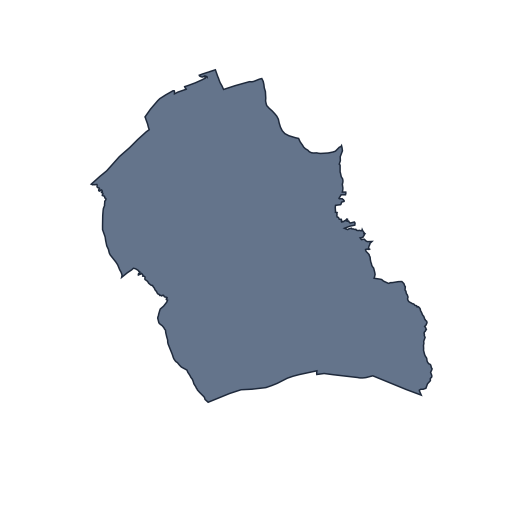 Talpas, Dolj, Romania, rotated 159°
{"feature_id": "2599482B89244490879400", "entity_name": "Talpas", "entity_type": "district", "adm_level": 2, "iso_a3": "ROU", "parent_name": "Romania", "parent_adm1": "Dolj", "projection": "equal_earth", "projection_center": [23.747, 44.687], "detail": "fine", "context": "isolated", "style": "filled", "palette": "slate", "viewbox_px": 512, "rotation_deg": 159, "n_neighbors": 0, "source": "geoboundaries", "source_scale": "gbopen_adm2", "svg_char_len": 6132}
<svg xmlns="http://www.w3.org/2000/svg" viewBox="0 0 512 512"><g transform="rotate(159 256 256)"><path d="M353.1,136.6L329.9,137.1L317.9,136.5L307.5,133.1L293.9,129.6L287.7,129.4L281.8,129.5L270.5,130.7L264.5,130.5L258.1,129.8L240.3,127.0L241.3,125.0L241.7,123.6L234.5,121.9L226.8,117.7L204.4,106.0L203.2,105.2L200.3,104.0L197.0,103.1L189.9,102.3L163.7,77.6L151.6,66.9L151.8,71.6L151.5,72.3L149.8,72.5L147.8,71.7L144.8,71.6L141.7,75.2L138.1,77.0L137.6,77.6L137.5,78.6L137.2,79.1L136.4,79.6L135.7,79.7L135.0,80.6L134.7,81.6L134.7,84.8L132.4,87.0L132.0,87.8L132.3,88.8L132.0,91.0L132.0,91.7L132.4,92.6L133.4,93.6L133.9,95.5L133.9,96.8L133.3,99.3L133.4,100.2L133.8,101.7L133.9,103.5L133.4,107.9L132.6,109.7L131.7,112.5L130.6,114.2L130.0,116.3L127.3,119.4L127.4,121.4L126.9,122.4L126.8,123.5L126.2,124.6L124.9,125.1L124.0,126.2L123.5,126.1L123.3,126.2L123.3,127.1L123.4,128.7L123.8,129.8L121.7,130.8L121.0,131.8L120.4,132.2L120.1,132.9L120.1,134.1L120.8,135.1L120.8,135.9L121.1,136.4L121.0,139.6L121.4,140.5L121.7,141.9L121.6,142.9L121.8,145.1L122.0,145.9L121.7,147.4L121.7,148.3L122.5,150.3L123.0,150.7L123.5,150.6L123.9,150.8L123.8,151.5L124.1,152.2L125.4,153.0L125.7,154.2L126.1,154.8L127.2,155.5L127.6,156.2L129.3,158.1L129.6,158.6L130.0,159.9L129.9,161.6L128.8,163.2L128.7,165.5L129.1,167.0L129.0,167.4L128.9,168.4L128.6,169.4L129.0,170.3L129.0,171.0L127.6,173.8L127.9,174.9L127.8,177.2L129.0,179.9L132.1,181.0L138.3,182.3L140.2,183.0L141.5,182.8L142.2,183.0L146.0,186.9L147.1,189.0L148.8,190.1L153.7,192.9L152.4,194.6L151.4,196.2L151.0,198.3L150.5,202.6L150.9,203.6L151.3,205.7L151.0,207.5L151.0,209.1L150.5,211.9L150.0,213.6L149.9,214.6L150.1,215.7L149.9,216.9L151.5,220.7L151.6,221.9L151.4,222.8L150.5,222.8L148.4,222.0L148.5,221.8L148.0,221.6L147.5,221.7L148.3,222.8L146.9,224.8L145.6,226.0L145.2,226.9L142.5,228.0L146.6,229.4L147.3,229.9L147.9,230.6L148.9,232.9L151.7,233.5L152.3,235.6L149.5,235.1L149.0,235.7L148.3,236.1L146.6,237.5L147.2,237.6L147.3,238.2L146.6,238.5L147.3,241.1L147.4,242.6L147.6,242.3L148.8,241.8L150.1,242.8L151.5,243.1L153.0,244.0L153.2,245.1L154.7,245.6L155.3,246.3L156.8,246.9L156.9,247.7L159.3,248.1L160.9,247.8L161.9,248.6L163.5,250.2L157.7,250.2L152.7,249.4L151.8,251.1L151.8,251.9L152.0,252.5L156.2,253.0L156.4,253.2L157.0,254.7L157.0,255.5L158.0,255.6L159.1,256.5L157.6,257.2L157.4,257.5L157.9,258.0L159.5,257.2L160.8,257.1L161.9,256.7L162.5,257.3L163.1,257.0L163.6,256.9L163.9,257.1L163.8,258.2L163.2,259.3L163.2,259.7L165.1,260.5L165.2,262.4L166.3,263.4L166.0,264.6L166.0,265.1L165.3,266.1L165.3,266.9L164.7,267.5L165.5,268.0L166.2,268.3L165.8,269.1L164.6,273.0L163.6,274.8L158.6,273.6L158.0,274.0L156.8,275.6L154.2,275.4L153.9,275.9L154.1,276.2L154.2,277.3L154.8,277.8L155.0,278.6L157.5,279.5L157.8,279.8L157.9,280.1L154.6,282.6L150.5,281.1L149.6,282.4L149.3,283.5L152.5,284.7L151.2,286.8L150.5,288.4L149.7,292.1L148.8,293.2L148.1,294.5L147.7,295.7L147.5,297.1L148.0,299.4L147.4,303.3L147.4,304.2L145.0,310.5L145.0,311.1L145.4,311.9L143.1,314.7L141.8,318.5L137.6,323.2L136.9,326.1L136.6,328.4L137.5,327.7L139.2,327.7L144.3,325.4L146.9,325.5L151.7,326.3L159.0,328.6L161.0,329.6L162.3,330.5L165.3,331.5L167.2,332.5L168.9,334.3L169.7,336.2L171.5,338.5L172.5,340.6L172.8,342.5L173.9,346.9L174.1,350.5L176.7,352.2L182.2,356.5L185.2,359.9L186.6,363.5L187.0,367.5L186.7,371.9L186.1,375.7L186.5,379.1L187.5,382.1L188.9,385.6L190.8,389.3L192.1,392.6L191.9,394.9L191.5,397.3L190.3,399.9L188.3,406.1L188.0,410.1L187.2,413.2L186.7,416.4L187.0,419.6L189.5,419.9L195.5,419.8L197.4,420.1L199.6,421.1L214.4,422.5L226.6,423.1L226.8,426.8L227.4,430.8L227.4,433.1L227.3,435.8L227.4,436.9L227.2,444.4L240.9,445.1L244.2,445.1L244.2,444.5L243.9,443.9L242.7,442.7L241.5,442.2L239.2,442.5L237.7,441.2L237.5,440.9L237.6,440.3L238.5,441.3L239.2,441.4L239.5,441.4L239.7,440.2L243.4,439.8L250.7,439.4L258.8,439.5L261.9,439.7L261.9,438.4L261.5,437.9L261.4,436.7L270.2,437.0L274.0,436.6L273.1,439.0L273.1,439.5L274.2,440.0L282.4,438.8L289.3,437.4L292.1,436.2L301.9,430.9L309.8,425.6L309.6,425.2L309.8,423.7L309.9,418.0L310.3,415.0L310.4,412.2L313.9,411.3L324.7,407.1L335.0,402.5L347.8,397.8L364.9,389.0L373.1,386.3L384.1,382.1L383.0,381.0L381.7,380.7L380.8,380.2L379.7,380.1L378.9,379.8L378.9,379.1L379.5,377.9L379.5,376.9L379.0,376.3L378.1,375.7L377.9,375.2L378.2,374.8L379.1,374.2L379.4,373.5L379.1,372.8L378.7,372.6L378.1,372.7L377.0,373.3L376.7,373.2L376.4,372.8L376.3,371.7L376.4,371.2L377.2,371.1L377.4,370.9L377.5,370.6L376.7,369.9L376.5,369.2L376.8,368.6L377.6,368.1L377.8,367.6L376.1,366.1L376.1,365.4L376.4,364.5L375.7,363.7L375.6,363.3L375.8,362.7L376.2,362.2L377.6,361.3L378.3,359.6L378.9,358.6L379.2,357.5L381.4,355.1L382.4,353.3L384.6,348.7L388.4,339.3L389.8,335.6L390.0,327.9L390.8,324.4L391.7,318.9L391.4,315.2L391.9,311.3L391.7,309.2L389.0,300.6L388.3,297.3L388.2,292.0L387.8,289.4L387.8,287.2L388.0,285.9L389.1,284.2L382.0,286.5L377.1,287.6L374.9,288.5L373.2,287.4L371.4,285.2L371.0,284.4L371.0,283.8L370.3,283.1L370.1,282.6L370.4,282.0L371.8,281.8L372.5,280.9L372.6,280.4L371.6,280.5L370.2,280.4L369.2,280.8L368.8,280.1L368.4,278.5L368.9,277.8L368.2,277.5L367.6,277.0L367.3,276.6L367.2,276.1L367.3,275.7L368.0,274.4L368.0,273.8L366.6,271.7L366.2,270.6L366.0,269.1L364.7,266.8L364.2,266.1L363.1,265.6L363.1,264.5L362.5,262.8L362.3,260.2L361.6,258.5L361.5,256.8L361.2,255.8L360.1,254.7L360.0,253.9L359.9,253.6L359.0,253.5L358.5,252.6L358.2,252.5L357.4,252.8L356.6,252.6L356.4,252.3L356.2,251.0L356.0,250.6L354.2,249.4L353.9,249.0L354.1,248.6L355.3,247.9L355.2,247.3L354.4,246.5L355.9,244.9L360.2,242.3L364.4,240.8L365.4,239.6L367.7,236.6L368.6,235.1L369.3,234.4L370.0,233.3L370.6,228.6L370.4,227.6L369.5,226.0L368.6,224.7L367.7,222.1L367.6,220.8L367.1,219.3L367.2,218.7L367.7,217.0L368.3,212.7L368.6,209.2L369.3,207.2L369.6,205.4L369.4,194.2L369.6,190.7L369.5,189.2L368.9,186.8L368.5,185.9L367.6,184.7L366.6,181.7L365.6,179.3L364.9,178.4L361.4,174.3L361.3,171.7L360.5,168.2L360.3,166.0L359.6,163.7L359.6,161.3L359.8,158.9L359.1,155.5L359.0,153.8L358.7,152.9L358.7,152.0L357.5,148.8L355.1,143.4L354.8,142.1L355.0,140.7L354.9,140.2L353.1,136.6Z" fill="#64748b" stroke="#1e293b" stroke-width="1.5"/></g></svg>